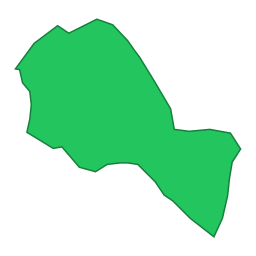 the district of Buk-gu, Gwangju, South Korea
{"feature_id": "91817680B75710427976091", "entity_name": "Buk-gu", "entity_type": "district", "adm_level": 2, "iso_a3": "KOR", "parent_name": "South Korea", "parent_adm1": "Gwangju", "projection": "mercator", "projection_center": [126.933, 35.182], "detail": "fine", "context": "isolated", "style": "filled", "palette": "green", "viewbox_px": 256, "rotation_deg": 0, "n_neighbors": 0, "source": "geoboundaries", "source_scale": "gbopen_adm2", "svg_char_len": 650}
<svg xmlns="http://www.w3.org/2000/svg" viewBox="0 0 256 256"><path d="M57.6,25.7L34.2,43.3L15.4,68.9L19.6,69.6L22.5,82.7L29.8,91.5L31.3,104.6L29.8,119.2L26.9,132.3L53.2,148.4L61.9,146.9L79.4,167.3L88.6,169.8L95.5,171.7L98.4,169.9L107.2,164.4L120.3,162.9L123.2,162.9L127.6,162.9L137.8,164.4L143.6,170.2L155.3,181.9L164.1,195.0L172.8,200.9L190.3,218.4L193.9,221.2L213.9,236.8L222.4,218.4L227.6,195.7L229.4,178.9L232.2,162.1L240.6,149.0L230.4,133.1L209.8,129.4L189.3,131.3L174.3,129.4L170.6,108.8L154.7,81.8L139.8,57.5L134.2,50.0L127.7,40.7L112.7,24.8L96.8,19.2L81.9,26.7L68.8,33.2L57.6,25.7Z" fill="#22c55e" stroke="#15803d" stroke-width="1.5"/></svg>